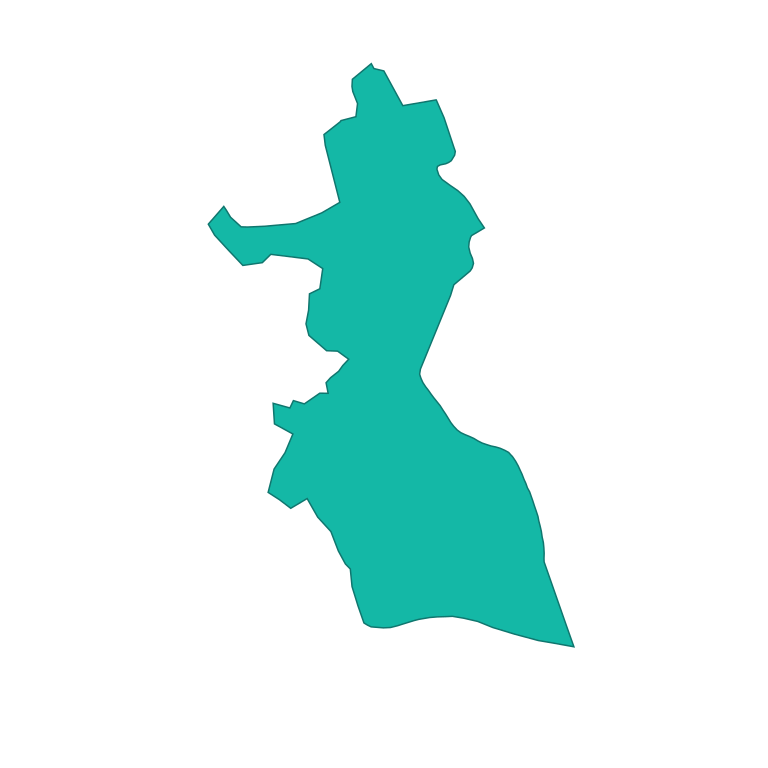 Adh Dhahir, Sa`dah, Yemen (Albers equal-area conic projection), rotated 342°
{"feature_id": "15242507B71517716844752", "entity_name": "Adh Dhahir", "entity_type": "district", "adm_level": 2, "iso_a3": "YEM", "parent_name": "Yemen", "parent_adm1": "Sa`dah", "projection": "albers", "projection_center": [43.291, 16.739], "detail": "fine", "context": "isolated", "style": "filled", "palette": "teal", "viewbox_px": 768, "rotation_deg": 342, "n_neighbors": 0, "source": "geoboundaries", "source_scale": "gbopen_adm2", "svg_char_len": 2457}
<svg xmlns="http://www.w3.org/2000/svg" viewBox="0 0 768 768"><g transform="rotate(342 384 384)"><path d="M483.4,692.6L482.8,669.9L481.3,602.7L482.2,599.5L484.0,594.5L485.4,589.3L486.5,584.4L486.6,583.7L486.9,580.8L487.1,578.6L488.1,572.8L488.6,567.3L488.9,562.2L489.5,557.5L489.5,552.6L489.5,551.9L489.4,546.7L489.4,542.4L489.4,541.7L489.4,540.5L489.3,536.5L489.2,531.7L488.3,527.0L488.3,526.7L488.2,522.4L487.7,518.1L487.4,512.5L486.8,507.6L486.3,503.3L485.3,498.1L483.7,492.6L482.8,490.8L481.4,487.6L478.4,484.4L474.7,481.1L473.3,480.1L470.8,478.4L466.6,476.0L463.0,473.4L462.7,473.2L459.1,470.5L455.8,467.2L452.6,463.5L449.2,460.4L445.3,457.1L442.0,454.0L439.4,450.4L437.2,445.7L435.6,441.2L434.5,436.5L433.3,431.6L432.1,427.4L430.7,422.0L429.0,417.5L427.1,412.5L425.6,408.1L424.3,403.8L422.7,399.4L421.4,394.6L420.9,389.9L420.9,388.7L420.9,386.5L420.9,386.0L421.1,385.3L423.3,381.0L474.7,320.3L478.0,315.6L479.9,312.9L481.1,311.2L501.0,303.1L503.8,300.8L506.4,296.9L506.9,291.9L506.4,286.1L506.9,279.9L508.9,275.2L511.7,271.2L513.1,269.9L527.7,266.6L524.6,255.8L523.2,248.5L521.4,239.2L518.2,230.3L514.0,223.0L508.1,215.3L502.4,207.4L500.7,202.1L500.7,196.0L502.1,193.6L505.2,193.0L510.8,193.6L513.9,193.3L517.0,192.4L521.9,188.2L523.7,184.8L523.6,180.7L523.6,179.5L523.6,179.3L523.4,149.4L521.5,130.2L521.4,129.9L487.9,125.1L480.6,86.2L471.9,80.9L470.9,75.4L448.1,84.4L445.5,91.1L444.7,96.2L445.5,109.1L439.9,121.1L424.5,120.2L423.3,121.1L404.0,128.2L401.9,138.9L398.1,197.6L377.7,202.0L349.6,204.1L328.0,199.1L319.6,197.2L302.9,192.6L296.7,190.4L289.6,178.0L287.8,170.2L286.5,165.6L272.3,174.1L271.6,174.6L270.9,174.9L266.3,177.7L268.9,190.1L277.7,209.3L286.4,227.6L305.8,231.0L316.4,225.7L350.4,241.6L361.4,255.3L352.4,273.6L341.0,275.2L335.1,290.5L328.4,302.7L327.6,314.6L339.7,334.6L350.0,338.4L355.3,345.7L358.1,349.5L350.5,353.7L344.8,357.9L335.1,361.5L329.3,364.9L328.0,375.6L320.1,372.9L302.1,378.3L292.7,371.8L287.1,377.7L272.6,368.1L267.5,388.1L281.9,403.4L268.6,418.8L253.2,430.9L240.3,451.3L248.8,461.7L256.9,473.4L275.5,469.2L279.8,490.1L287.9,507.9L289.0,528.7L291.7,543.3L294.8,549.5L291.0,566.8L290.7,586.9L291.1,605.1L293.8,608.2L296.7,611.0L308.0,615.7L314.9,617.6L322.3,618.1L324.0,618.1L326.5,618.1L339.7,618.3L344.4,618.6L355.3,620.2L362.9,622.0L370.4,624.2L377.3,626.1L387.5,631.4L399.8,638.8L412.2,649.2L431.1,662.4L440.2,668.3L451.4,675.6L464.0,682.2L483.4,692.6Z" fill="#14b8a6" stroke="#0f766e" stroke-width="1.5"/></g></svg>